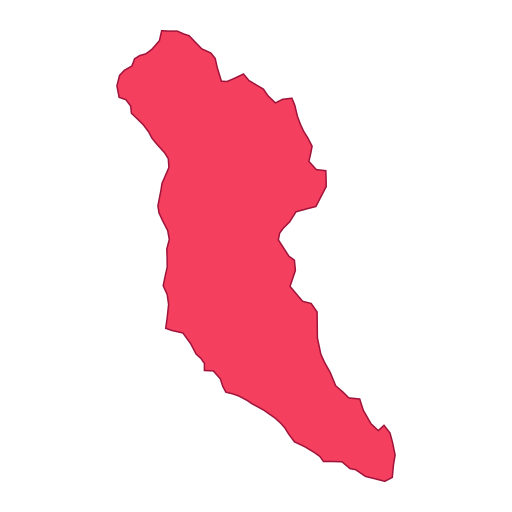 the district of Águas da Prata, São Paulo, Brazil
{"feature_id": "56859067B56146579756473", "entity_name": "Águas da Prata", "entity_type": "district", "adm_level": 2, "iso_a3": "BRA", "parent_name": "Brazil", "parent_adm1": "São Paulo", "projection": "natural_earth1", "projection_center": [-46.689, -21.918], "detail": "fine", "context": "isolated", "style": "filled", "palette": "rose", "viewbox_px": 512, "rotation_deg": 0, "n_neighbors": 0, "source": "geoboundaries", "source_scale": "gbopen_adm2", "svg_char_len": 1697}
<svg xmlns="http://www.w3.org/2000/svg" viewBox="0 0 512 512"><path d="M384.0,425.3L378.3,430.6L371.1,423.9L363.3,410.3L359.7,399.0L348.8,397.9L343.1,392.2L335.7,385.8L330.2,372.4L324.5,362.3L320.8,354.1L317.4,337.8L317.1,312.0L311.2,303.5L302.6,301.3L290.0,286.4L295.4,270.5L294.4,260.2L288.9,256.2L278.4,239.9L279.6,233.2L283.2,228.3L289.7,221.8L296.0,211.8L307.7,208.6L315.9,206.5L326.2,186.6L326.1,178.5L325.8,170.7L316.3,169.6L308.9,161.4L310.8,153.0L312.1,146.2L307.9,138.1L303.5,131.0L300.5,124.5L297.5,116.6L294.8,105.3L291.9,98.2L282.6,99.3L275.4,102.9L267.9,95.7L263.4,89.1L256.0,84.8L248.9,80.5L243.5,74.0L232.7,79.1L227.0,81.5L221.4,81.2L217.3,67.8L215.2,58.5L211.0,53.1L201.7,48.8L194.9,41.8L189.1,35.7L183.5,33.9L177.3,31.1L168.9,31.1L161.7,30.7L159.4,40.7L151.9,49.3L145.9,53.8L139.6,55.6L134.6,58.8L131.9,66.0L124.4,70.3L119.6,75.3L116.9,85.8L119.1,97.3L125.9,99.7L130.7,106.1L131.4,113.2L136.5,118.1L143.3,124.8L148.7,132.0L151.9,138.1L156.7,144.0L164.7,152.9L168.3,158.7L168.9,167.5L162.0,183.4L160.9,190.5L157.9,205.8L159.0,212.9L162.3,220.1L167.7,230.6L169.3,239.5L166.8,248.9L167.1,258.3L167.2,267.3L165.3,275.4L163.2,285.7L167.2,294.5L168.6,304.5L167.2,317.6L165.7,328.3L171.9,330.5L182.9,333.0L190.8,343.9L196.1,354.1L200.9,358.4L204.4,363.4L204.4,370.5L213.3,370.9L220.3,378.8L222.8,386.5L225.9,392.2L233.1,394.0L239.0,396.1L247.1,400.4L251.9,403.7L263.5,410.0L275.1,418.1L280.7,423.2L284.7,427.7L288.9,434.4L294.5,441.9L304.9,446.8L314.5,452.6L319.9,456.5L323.5,461.5L332.7,461.5L342.0,461.8L350.0,468.6L355.6,469.7L365.4,476.4L384.8,481.3L392.3,477.4L393.4,465.4L395.1,455.1L392.6,442.7L390.0,433.0L384.0,425.3Z" fill="#f43f5e" stroke="#9f1239" stroke-width="1.5"/></svg>